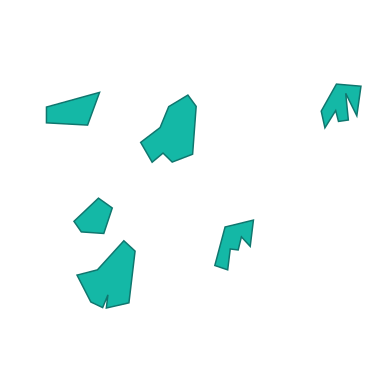 an SVG outline of Bolama, rotated 7°
{"feature_id": "GNB-770", "entity_name": "Bolama", "entity_type": "Region", "adm_level": 1, "iso_a3": "GNB", "parent_name": "Guinea-Bissau", "parent_adm1": "", "projection": "equal_earth", "projection_center": [-15.897, 11.361], "detail": "coarse", "context": "isolated", "style": "filled", "palette": "teal", "viewbox_px": 384, "rotation_deg": 7, "n_neighbors": 0, "source": "natural_earth", "source_scale": "10m", "svg_char_len": 757}
<svg xmlns="http://www.w3.org/2000/svg" viewBox="0 0 384 384"><g transform="rotate(7 192 192)"><path d="M142.7,257.6L142.9,309.7L121.1,317.6L121.1,304.3L117.4,317.6L105.0,313.5L88.0,288.5L107.6,280.8L130.3,248.7L142.7,257.6ZM152.5,131.9L158.5,110.1L176.1,96.3L185.7,106.5L188.0,154.4L168.7,164.7L158.5,156.9L148.8,167.3L135.0,149.0L152.5,131.9ZM80.2,138.3L39.1,141.1L37.2,125.4L88.1,104.4L80.2,138.3ZM256.4,212.4L256.4,238.9L246.5,230.5L244.9,243.9L236.9,243.9L236.9,264.9L223.6,262.2L229.1,222.7L256.4,212.4ZM346.8,66.4L346.3,96.3L332.5,75.3L338.4,101.5L328.8,104.1L324.7,93.7L316.1,112.1L310.4,96.0L322.2,67.3L346.8,66.4ZM109.5,243.9L87.0,245.1L78.4,235.5L99.9,209.5L114.8,217.6L109.5,243.9Z" fill="#14b8a6" stroke="#0f766e" stroke-width="1.5"/></g></svg>